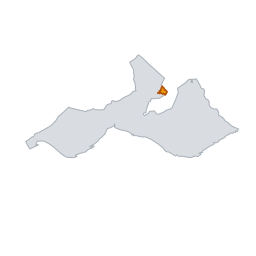 location of Angonia, Tete, Mozambique, rotated 61°
{"feature_id": "85939544B12573256040215", "entity_name": "Angonia", "entity_type": "district", "adm_level": 2, "iso_a3": "MOZ", "parent_name": "Mozambique", "parent_adm1": "Tete", "projection": "mercator", "projection_center": [34.103, -14.769], "detail": "fine", "context": "in_parent", "style": "filled", "palette": "amber", "viewbox_px": 256, "rotation_deg": 61, "n_neighbors": 0, "source": "geoboundaries", "source_scale": "gbopen_adm2", "svg_char_len": 5369}
<svg xmlns="http://www.w3.org/2000/svg" viewBox="0 0 256 256"><g transform="rotate(61 128 128)"><path d="M81.0,169.9L82.6,168.6L93.0,157.1L93.6,156.7L92.8,154.8L94.1,152.6L94.3,149.1L94.7,148.6L96.3,147.4L98.5,143.9L99.9,141.2L100.0,139.9L98.1,136.2L97.5,134.2L98.1,132.4L98.3,130.8L98.0,130.3L96.8,129.6L96.6,128.9L96.6,128.1L96.9,127.6L98.3,126.8L98.7,126.4L99.9,122.1L99.4,118.9L99.4,115.2L99.7,111.4L99.6,109.2L98.7,106.8L98.6,105.0L99.3,103.7L99.4,103.0L97.1,102.6L95.9,101.6L91.6,100.0L88.2,99.7L85.4,97.2L83.2,96.8L80.4,95.0L71.6,94.7L71.3,94.5L70.9,89.1L70.6,87.3L69.5,85.4L69.2,84.1L69.3,83.2L74.2,81.2L83.8,78.4L85.9,77.5L102.2,72.0L102.6,72.3L104.3,75.2L107.0,78.3L107.6,77.9L111.6,77.4L112.1,77.0L113.3,76.7L114.7,76.5L115.2,76.7L116.6,78.7L117.1,82.4L117.2,84.9L117.0,86.7L115.8,88.8L115.0,91.4L113.7,92.8L113.8,93.5L115.2,95.0L115.5,95.7L115.4,97.1L115.6,97.6L116.9,98.5L117.8,99.8L121.3,103.5L122.2,104.2L123.0,104.4L123.3,105.1L123.1,106.0L122.6,106.5L122.8,107.2L123.5,107.8L125.1,107.7L125.3,107.4L125.2,104.1L124.6,102.2L123.9,101.2L125.3,97.6L126.0,96.6L128.7,96.2L129.9,95.9L130.4,95.4L130.8,94.3L131.2,91.1L131.3,88.1L131.0,86.3L131.4,83.7L132.0,82.0L131.7,81.7L131.5,79.5L124.8,70.7L121.0,66.7L120.4,66.3L118.3,66.0L117.2,64.6L116.4,56.7L115.0,51.0L117.1,47.3L117.9,44.8L118.3,44.5L120.2,44.3L126.7,44.4L128.3,44.6L129.1,44.4L130.8,42.9L132.2,43.0L134.1,43.9L135.1,44.7L135.3,45.4L136.5,45.8L138.9,45.9L140.6,45.6L141.7,44.7L142.8,44.3L144.0,44.2L144.9,44.5L145.5,45.1L146.6,45.6L148.3,45.9L150.2,45.5L152.2,44.4L153.4,43.3L154.0,41.4L154.4,41.2L157.2,41.0L158.8,41.3L160.7,42.5L164.1,40.4L166.2,39.7L168.3,39.7L169.9,39.2L171.2,38.2L172.6,37.6L175.4,36.8L177.3,35.8L182.6,31.8L183.2,33.0L184.2,34.0L182.8,35.2L184.0,35.9L183.1,37.0L183.0,37.8L183.5,38.6L182.9,39.8L182.1,40.8L181.9,41.6L182.6,42.9L182.2,45.3L183.3,49.2L183.0,50.5L183.2,53.6L182.8,54.7L183.5,55.1L183.9,56.3L183.6,58.5L182.4,59.4L182.3,60.3L183.7,60.3L183.7,63.0L183.5,63.8L183.9,64.7L183.5,65.7L184.0,70.1L184.0,73.3L184.1,73.8L185.4,74.3L185.3,75.2L184.5,76.3L184.6,78.0L185.5,76.7L186.0,76.7L186.5,77.2L186.5,79.1L186.8,80.1L186.7,80.9L185.2,82.5L185.1,84.0L184.5,84.2L184.3,84.6L184.7,85.5L184.6,86.3L183.6,88.7L178.6,94.5L178.5,95.5L177.3,97.4L175.9,97.7L175.1,98.2L175.7,99.8L169.0,103.9L168.4,104.5L167.3,106.0L165.1,106.8L162.7,106.9L162.3,107.2L156.9,109.1L155.8,110.0L153.5,110.9L149.9,112.9L146.9,114.9L143.5,117.9L143.1,119.4L141.5,121.5L139.1,124.0L137.7,126.0L137.6,126.9L136.8,127.2L136.1,126.3L135.8,128.0L135.2,128.1L134.5,127.8L131.5,129.5L129.3,131.5L126.1,135.4L121.5,139.1L120.4,139.2L119.0,137.9L118.2,137.8L119.4,139.3L119.3,142.4L118.7,146.1L118.8,146.9L121.9,150.9L123.4,155.5L123.5,157.9L125.0,160.9L125.7,165.5L125.6,169.8L126.3,170.5L126.6,169.9L126.7,167.2L127.1,166.5L127.5,166.6L127.9,168.0L128.1,169.6L127.5,172.9L127.7,174.3L128.4,176.6L127.6,179.3L126.2,186.7L126.5,187.2L127.2,187.3L127.5,186.5L127.9,186.5L128.1,187.0L127.5,189.9L126.9,191.2L124.9,194.3L123.8,195.7L122.0,197.0L117.7,199.1L109.2,202.1L103.8,204.5L99.5,207.3L97.6,209.2L96.9,211.3L95.4,213.6L96.7,215.5L98.3,216.9L99.0,214.6L99.4,214.6L98.7,224.1L92.8,224.2L91.1,223.9L90.1,223.9L90.0,220.0L89.3,217.0L89.6,214.9L89.5,213.8L88.3,213.0L88.0,210.8L88.7,209.0L88.7,194.7L86.7,187.8L83.8,182.9L83.7,180.4L82.4,174.9L81.0,169.9ZM118.6,50.5L119.3,50.1L119.4,49.5L118.9,49.2L118.5,49.2L118.3,50.3L118.6,50.5ZM118.1,49.3L117.6,48.8L117.1,48.9L117.0,49.3L117.4,49.9L117.9,49.9L118.1,49.3Z" fill="#d9dde1" stroke="#a8b0b8" stroke-width="1"/><path d="M116.8,79.7L117.0,79.5L117.0,79.4L117.1,79.2L117.0,78.9L117.0,78.7L116.9,78.5L116.8,78.4L116.7,78.2L116.4,78.0L116.3,77.9L116.2,77.9L116.1,77.7L116.0,77.3L115.8,77.1L115.7,77.0L115.7,76.9L115.6,76.7L115.4,76.5L115.4,76.4L115.2,76.4L114.9,76.3L114.7,76.4L114.5,76.5L114.4,76.5L114.4,76.4L114.2,76.5L114.0,76.8L113.9,76.8L113.6,76.7L113.5,76.8L113.5,76.7L113.5,76.8L113.4,76.9L113.2,76.9L112.6,76.9L111.9,77.1L112.0,77.5L110.4,77.3L110.3,77.2L110.2,77.3L109.9,77.4L109.7,77.6L109.7,77.8L109.5,77.7L109.4,77.7L109.3,77.8L109.2,77.8L109.1,78.0L108.9,78.1L108.7,78.0L108.6,77.9L108.4,77.8L108.3,77.7L108.2,77.7L108.2,77.8L108.2,78.0L108.3,78.0L108.5,78.2L108.5,78.3L108.5,78.5L108.7,78.8L108.8,78.8L108.7,78.8L108.8,78.9L108.8,79.0L109.0,79.2L109.0,79.3L109.3,79.5L109.5,79.8L109.6,80.0L109.8,80.2L109.9,80.3L110.0,80.4L110.0,80.5L110.3,80.7L110.5,80.7L110.4,80.8L110.5,80.9L110.6,81.0L110.6,81.3L110.8,81.4L110.9,81.5L111.0,81.5L111.2,81.8L111.2,82.0L111.3,82.0L111.2,82.1L111.3,82.1L111.2,82.1L111.3,82.3L111.2,82.4L111.2,82.5L111.3,82.7L111.4,82.8L111.4,83.0L111.5,83.1L111.5,83.3L111.6,83.5L111.6,83.8L111.7,84.0L111.8,84.1L111.9,84.3L111.8,84.5L111.7,84.7L111.8,84.8L111.7,84.9L111.8,85.0L112.0,85.0L112.0,84.9L112.1,84.7L112.3,84.6L112.5,84.5L112.6,84.4L112.8,84.4L112.7,84.4L112.7,84.2L112.7,83.8L112.6,83.7L112.8,83.6L112.7,83.4L112.8,83.3L112.8,83.2L112.7,83.1L112.8,83.0L112.8,82.9L113.0,82.7L113.1,82.8L113.1,82.7L113.3,82.4L113.4,82.5L113.5,82.5L113.5,82.4L113.6,82.2L113.8,81.9L113.8,82.0L113.9,81.9L114.0,81.9L114.0,81.7L114.2,81.4L114.3,81.4L114.5,81.3L114.5,81.2L114.8,81.1L114.8,80.9L114.9,80.7L115.0,80.8L115.0,80.7L115.2,80.4L115.3,80.3L115.5,80.3L115.6,80.2L115.8,80.0L115.8,79.9L116.0,79.8L116.0,79.7L116.1,79.8L116.3,79.8L116.3,79.7L116.5,79.7L116.8,79.7Z" fill="#f59e0b" stroke="#b45309" stroke-width="1.5"/></g></svg>